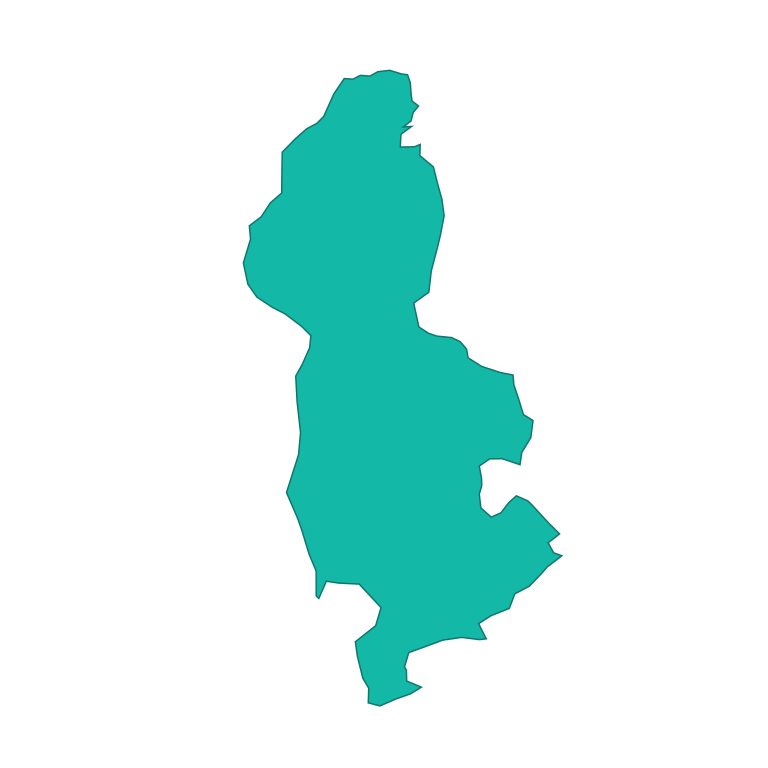 outline of Evretou, Paphos, Cyprus, rotated 51°
{"feature_id": "46923920B63021267781506", "entity_name": "Evretou", "entity_type": "district", "adm_level": 2, "iso_a3": "CYP", "parent_name": "Cyprus", "parent_adm1": "Paphos", "projection": "robinson", "projection_center": [32.482, 34.962], "detail": "fine", "context": "isolated", "style": "filled", "palette": "teal", "viewbox_px": 768, "rotation_deg": 51, "n_neighbors": 0, "source": "geoboundaries", "source_scale": "gbopen_adm2", "svg_char_len": 1706}
<svg xmlns="http://www.w3.org/2000/svg" viewBox="0 0 768 768"><g transform="rotate(51 384 384)"><path d="M121.6,222.7L126.9,240.2L138.1,262.4L139.2,272.3L137.0,283.4L137.6,298.4L139.8,317.2L154.4,329.4L171.2,343.3L171.7,358.2L176.8,374.3L176.3,389.1L187.4,396.5L201.4,417.1L220.8,427.0L236.6,428.1L254.5,422.4L267.1,416.8L287.2,411.8L300.4,410.4L309.0,418.9L317.3,435.2L322.3,447.6L342.8,462.5L369.3,479.5L385.1,494.8L407.0,528.1L427.1,533.7L433.9,535.6L445.7,539.8L469.4,549.4L486.6,554.4L506.0,570.0L509.6,569.6L501.0,552.9L509.9,544.8L523.9,529.2L555.9,527.0L566.6,542.6L566.3,568.5L578.8,576.0L599.3,585.6L610.8,587.3L621.9,596.9L631.6,589.8L636.2,573.2L641.6,557.9L643.1,545.8L629.1,553.3L620.4,546.6L616.9,546.2L608.3,533.8L620.1,499.4L629.8,483.1L642.7,470.7L646.4,464.9L629.8,461.3L631.4,446.7L637.2,427.8L629.4,414.4L632.6,398.2L630.4,380.7L628.9,372.1L629.4,353.9L621.9,358.4L610.7,356.4L611.0,341.9L595.6,343.6L571.2,345.1L565.4,345.8L554.2,351.5L554.7,361.6L557.7,374.1L555.0,384.4L541.3,386.7L529.6,379.3L524.4,371.9L518.6,367.5L507.7,361.6L508.7,349.0L516.4,339.2L532.3,329.1L523.9,320.0L518.1,303.7L506.2,291.2L495.5,294.9L479.6,288.5L466.4,283.6L458.2,278.1L448.3,286.4L431.9,297.0L416.6,302.2L408.9,297.9L399.3,298.1L390.5,302.2L380.0,312.8L372.6,317.5L361.6,321.0L339.8,310.0L340.9,291.4L325.8,276.0L311.6,256.6L303.9,246.6L291.0,231.3L276.6,222.6L263.2,216.8L246.4,209.0L229.1,212.4L220.6,205.1L218.8,211.1L210.1,222.2L200.6,213.7L201.2,200.5L196.4,207.2L196.6,197.5L191.4,190.5L189.7,182.2L181.8,184.1L176.8,181.2L166.3,173.9L158.4,171.1L154.3,175.1L143.8,182.2L137.4,192.3L135.9,201.1L129.2,208.2L127.6,216.2L121.6,222.7Z" fill="#14b8a6" stroke="#0f766e" stroke-width="1.5"/></g></svg>